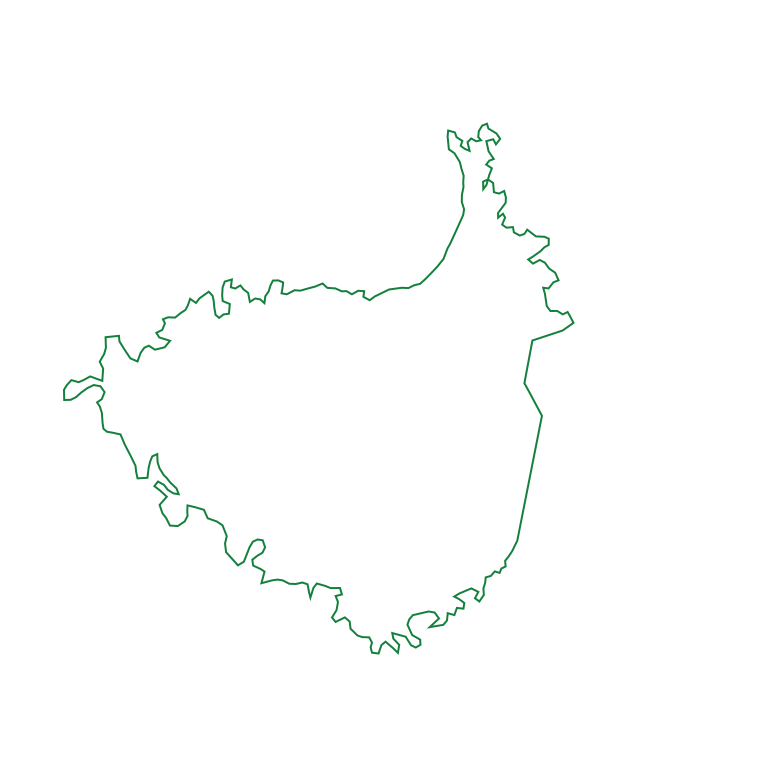 Nova Cantu, Paraná, Brazil (Mercator projection), rotated 47°
{"feature_id": "56859067B67973694135820", "entity_name": "Nova Cantu", "entity_type": "district", "adm_level": 2, "iso_a3": "BRA", "parent_name": "Brazil", "parent_adm1": "Paraná", "projection": "mercator", "projection_center": [-52.583, -24.632], "detail": "fine", "context": "isolated", "style": "outline", "palette": "green", "viewbox_px": 768, "rotation_deg": 47, "n_neighbors": 0, "source": "geoboundaries", "source_scale": "gbopen_adm2", "svg_char_len": 4282}
<svg xmlns="http://www.w3.org/2000/svg" viewBox="0 0 768 768"><g transform="rotate(47 384 384)"><path d="M417.0,614.5L418.4,607.7L411.6,593.4L409.9,587.4L411.5,582.5L415.6,579.3L422.4,582.4L424.5,588.0L423.3,593.4L422.7,600.2L427.6,603.5L435.2,600.4L439.7,599.3L446.1,609.5L451.2,599.9L454.5,595.2L458.6,592.0L465.5,589.5L470.2,584.8L473.5,579.1L478.4,576.5L485.3,580.9L490.0,583.5L485.0,574.7L484.1,569.2L491.4,564.8L496.9,562.2L503.2,555.3L509.2,558.3L506.1,564.0L512.0,566.3L517.0,572.9L519.3,581.2L525.0,581.7L528.0,571.8L534.3,571.1L540.2,575.4L549.8,574.9L554.2,572.6L559.2,567.6L564.9,569.1L567.5,573.4L572.3,576.0L577.4,571.8L573.2,564.0L573.5,558.6L583.6,557.5L590.1,557.2L585.2,550.8L576.5,550.8L571.8,547.8L583.6,540.5L593.5,542.4L598.4,540.5L599.6,535.2L595.6,531.9L586.8,534.6L576.0,531.0L573.4,526.1L572.7,520.6L580.8,506.5L585.7,502.8L593.0,503.7L593.0,516.4L600.6,504.9L599.9,499.2L595.1,493.7L601.0,490.1L597.5,483.4L602.5,479.1L598.9,474.6L592.5,475.8L587.4,477.6L588.5,472.1L591.2,464.6L593.1,459.5L600.4,456.8L602.7,463.6L608.1,462.6L606.3,454.8L601.3,450.7L598.4,445.6L594.8,441.5L597.2,436.8L596.6,430.8L601.0,428.3L599.0,424.0L600.4,419.5L595.9,416.0L595.2,411.0L593.7,404.4L589.5,393.4L515.0,290.2L488.8,283.2L479.2,280.8L453.4,245.8L466.7,216.9L468.5,203.7L461.2,201.7L456.6,200.6L455.0,205.8L448.7,207.5L444.1,212.5L438.0,211.8L427.8,204.8L422.2,201.9L426.3,198.5L425.2,190.7L427.2,185.6L419.4,182.9L412.3,184.5L405.0,183.6L399.5,185.5L397.6,192.9L391.3,193.6L392.4,188.1L393.6,179.0L393.4,173.5L394.6,168.7L390.1,164.4L385.8,166.2L379.7,172.2L373.3,173.3L368.8,174.0L370.0,179.0L368.1,183.4L361.7,185.6L357.2,182.7L353.2,187.8L348.0,188.9L344.9,181.9L340.6,180.9L340.2,187.1L336.7,183.9L335.5,177.2L334.5,171.5L330.8,167.7L324.8,164.5L323.2,170.0L318.7,172.8L311.4,167.1L305.3,168.4L302.9,164.4L299.8,158.0L293.2,159.6L292.5,154.6L294.3,150.3L285.1,148.8L276.2,143.5L279.5,137.2L285.1,138.7L283.9,131.8L277.4,130.9L268.4,133.4L263.9,131.2L262.0,135.9L263.7,142.2L267.6,146.6L271.9,146.8L269.4,151.0L263.9,152.8L264.1,158.0L271.9,162.4L267.2,164.5L262.2,165.5L259.6,160.9L253.0,162.6L248.3,160.6L242.4,164.2L246.4,168.7L256.6,176.5L263.2,175.1L273.5,177.2L278.9,180.3L286.0,183.7L290.1,188.1L294.3,191.7L298.8,198.0L304.0,203.0L310.9,206.3L314.5,211.0L321.8,228.4L326.7,240.3L328.1,245.0L333.1,255.1L334.5,264.7L335.0,272.0L335.5,282.9L335.3,289.4L332.3,294.7L330.5,300.7L325.8,305.3L318.3,315.9L313.7,331.0L313.0,337.3L306.2,339.6L302.6,335.2L298.2,339.3L296.5,346.3L290.5,348.1L287.5,351.6L280.9,354.4L275.0,359.9L268.6,360.4L265.8,367.9L262.0,375.0L258.7,381.5L254.4,385.5L252.1,393.9L247.8,397.1L244.7,392.9L241.0,388.5L236.2,390.6L232.6,394.7L234.4,399.6L237.6,405.1L238.9,411.0L243.3,416.3L237.7,416.8L233.6,419.9L232.5,426.1L224.7,421.2L219.0,422.2L214.0,421.8L212.7,427.7L208.8,430.0L203.8,424.0L200.5,430.6L203.4,436.3L208.9,442.0L213.3,445.4L220.4,442.2L226.8,449.5L223.7,453.9L223.2,459.5L218.5,460.0L212.4,456.0L207.4,452.1L202.6,449.2L197.0,449.2L195.5,460.5L196.5,466.2L189.5,467.7L192.8,474.0L194.4,478.7L193.4,484.6L193.0,491.4L188.0,496.4L185.9,501.5L190.2,502.8L193.2,509.3L191.3,515.6L196.7,516.6L206.5,511.0L207.6,519.3L202.7,528.1L195.6,529.9L194.0,534.6L195.3,540.9L199.4,548.9L192.3,552.0L184.2,550.7L178.8,549.7L172.4,548.4L168.0,545.0L159.9,555.7L167.9,562.7L171.2,568.2L173.8,576.7L181.2,578.9L189.6,587.9L178.1,593.7L176.2,601.2L174.4,606.1L168.0,610.0L168.5,616.8L170.0,622.0L177.6,628.8L181.9,623.9L183.6,618.1L183.7,611.6L184.7,603.8L186.8,597.0L192.3,592.9L199.4,593.9L202.6,600.7L201.8,606.4L206.7,607.2L212.8,610.1L220.7,616.5L225.4,619.7L229.9,619.2L234.8,615.5L241.2,611.1L251.3,614.8L257.2,616.5L263.1,618.1L274.3,621.5L278.8,624.9L284.9,628.6L291.3,621.0L284.7,613.2L281.3,608.0L278.9,602.8L280.6,597.6L286.6,602.8L292.3,605.6L300.2,607.2L304.5,607.0L310.2,607.5L318.9,607.0L324.6,609.3L320.4,612.6L313.9,614.3L307.9,613.7L301.2,615.8L302.1,621.6L309.4,620.4L318.3,619.7L319.4,630.6L327.5,634.2L333.2,634.7L341.6,637.1L347.3,631.6L348.6,623.4L346.5,617.6L343.0,614.8L338.8,610.5L344.9,606.4L353.2,601.5L362.0,604.5L370.6,600.0L377.3,598.5L388.1,602.8L392.2,609.0L399.3,614.2L408.8,614.3L417.0,614.5ZM305.3,168.4L308.3,173.3L309.2,178.5L303.6,173.5L305.3,168.4Z" fill="none" stroke="#15803d" stroke-width="2"/></g></svg>